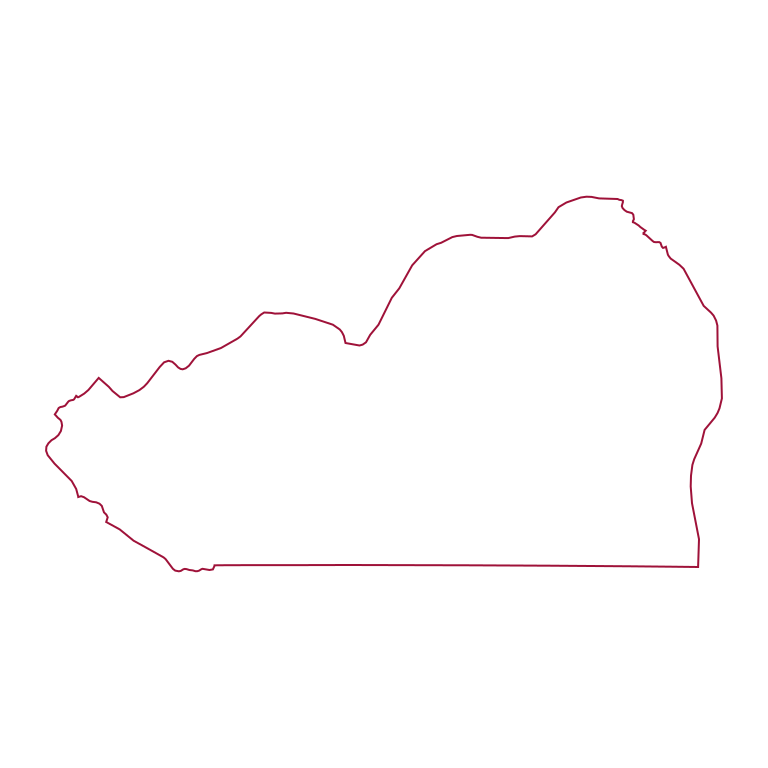 map outline of Cunene (orthographic projection)
{"feature_id": "AGO-1889", "entity_name": "Cunene", "entity_type": "Province", "adm_level": 1, "iso_a3": "AGO", "parent_name": "Angola", "parent_adm1": "", "projection": "orthographic", "projection_center": [15.075, -16.287], "detail": "fine", "context": "isolated", "style": "outline", "palette": "rose", "viewbox_px": 768, "rotation_deg": 0, "n_neighbors": 0, "source": "natural_earth", "source_scale": "10m", "svg_char_len": 2719}
<svg xmlns="http://www.w3.org/2000/svg" viewBox="0 0 768 768"><path d="M178.9,571.3L175.2,570.6L172.9,568.8L165.6,559.1L163.6,557.4L148.8,549.1L133.6,540.7L119.7,529.4L106.2,522.0L107.7,517.3L106.3,514.6L104.0,512.4L101.8,505.9L99.5,503.7L96.2,502.3L92.4,501.8L89.6,501.0L84.0,497.2L81.1,496.2L78.3,497.0L78.3,496.9L76.2,489.0L71.7,481.0L54.5,463.6L47.7,455.2L46.1,450.8L46.4,446.7L48.4,443.3L51.5,440.2L54.9,438.2L58.4,435.1L60.9,431.0L62.1,425.6L61.5,422.0L60.6,420.1L59.4,419.0L57.9,417.8L54.8,414.4L57.3,410.7L58.3,408.7L58.7,408.0L59.5,407.5L60.5,407.0L62.3,406.7L63.8,406.2L65.2,405.6L68.3,401.6L69.2,400.9L71.0,400.3L72.1,400.1L73.2,399.9L74.1,399.3L76.2,395.8L76.7,396.1L77.1,396.7L77.6,397.2L78.3,397.2L79.1,396.8L84.2,393.6L88.4,390.0L98.7,377.9L108.8,386.8L112.5,391.0L120.2,397.3L123.8,397.1L133.4,393.3L139.4,390.1L143.9,386.7L147.3,383.1L159.7,367.0L164.1,362.3L168.5,360.8L172.3,361.8L175.5,364.6L178.1,367.4L180.5,368.9L182.7,369.3L185.7,368.3L189.0,365.7L194.2,358.9L196.9,356.1L199.4,354.9L206.8,353.1L221.0,348.0L237.5,338.6L240.5,336.4L259.2,316.1L261.2,314.4L264.2,312.5L271.2,312.9L274.9,313.6L282.3,313.4L286.1,312.8L293.5,313.5L315.3,318.9L332.9,324.7L339.8,329.5L341.9,332.1L343.8,335.8L345.5,343.0L359.5,345.5L362.7,344.6L366.0,342.3L370.2,334.8L378.5,324.7L391.8,297.8L399.3,288.3L412.2,265.3L425.0,251.1L436.6,244.2L441.1,242.8L452.3,237.1L456.9,236.0L470.1,234.8L472.1,234.9L477.4,236.8L481.1,237.7L508.2,238.1L514.7,236.6L519.8,236.1L532.1,236.4L535.6,234.3L554.9,212.4L558.5,207.2L566.4,202.5L580.8,197.5L586.5,196.7L591.5,196.9L599.1,198.4L617.6,199.0L619.3,199.8L621.4,200.1L622.9,200.7L622.9,202.2L622.3,204.1L621.8,206.1L622.6,208.1L624.5,210.1L626.8,211.7L632.0,213.1L633.3,214.7L633.9,219.2L632.9,221.2L632.9,222.2L634.4,222.7L638.7,225.5L640.3,227.0L644.2,229.8L645.7,230.7L645.0,231.4L644.2,232.5L643.5,232.9L643.5,234.0L645.4,234.6L646.6,235.5L652.6,241.0L654.0,242.0L655.8,242.2L659.2,242.1L660.5,242.9L661.8,246.6L663.0,247.9L663.8,247.7L665.1,247.2L665.9,246.8L667.9,254.7L668.8,256.2L670.7,258.6L679.4,264.8L683.6,268.8L703.7,305.9L711.0,312.6L713.6,315.6L716.1,320.6L717.4,325.6L717.6,346.4L721.4,378.3L721.9,398.4L719.5,408.3L717.6,412.9L714.7,417.7L704.6,429.9L701.2,443.6L694.2,459.2L692.4,464.9L691.0,475.7L690.7,486.5L692.0,503.2L699.0,539.2L698.1,567.0L671.5,566.7L631.1,566.3L590.7,566.0L550.3,565.7L509.9,565.5L469.5,565.3L429.1,565.2L427.4,565.2L388.7,565.1L348.4,565.0L307.9,565.1L267.5,565.1L227.1,565.2L216.4,565.3L214.5,565.3L214.4,566.1L212.9,569.4L209.5,570.0L202.5,568.8L201.4,569.2L199.0,570.7L197.2,571.2L195.4,571.2L192.8,570.4L189.4,570.0L186.5,569.1L184.7,568.9L183.3,569.3L180.8,570.9L178.9,571.3Z" fill="none" stroke="#9f1239" stroke-width="2"/></svg>